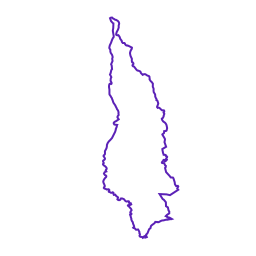 the district of San Jose, San José, Costa Rica, rotated 54°
{"feature_id": "36466004B17043328523941", "entity_name": "San Jose", "entity_type": "district", "adm_level": 2, "iso_a3": "CRI", "parent_name": "Costa Rica", "parent_adm1": "San José", "projection": "albers", "projection_center": [-84.106, 9.936], "detail": "fine", "context": "isolated", "style": "outline", "palette": "violet", "viewbox_px": 256, "rotation_deg": 54, "n_neighbors": 0, "source": "geoboundaries", "source_scale": "gbopen_adm2", "svg_char_len": 5810}
<svg xmlns="http://www.w3.org/2000/svg" viewBox="0 0 256 256"><g transform="rotate(54 128 128)"><path d="M180.9,119.7L180.1,119.9L178.6,119.6L177.7,119.6L177.1,120.1L176.6,120.8L176.3,121.0L176.0,121.0L175.8,120.7L175.4,120.1L175.2,118.6L174.8,118.2L174.7,118.0L174.8,117.7L175.0,117.5L175.9,117.8L176.8,117.7L176.9,116.9L176.6,115.9L176.6,115.3L176.5,115.1L176.4,115.1L176.2,115.2L176.0,115.9L175.7,115.9L175.0,114.9L174.7,113.7L174.4,113.3L173.7,113.3L173.0,113.8L172.7,113.8L172.3,113.4L171.9,113.5L171.5,113.8L170.6,114.9L170.2,114.7L168.7,114.3L167.7,113.8L166.5,113.3L165.2,112.6L165.6,108.2L160.9,106.8L159.1,104.9L158.3,104.5L153.8,104.1L153.5,104.1L153.3,103.8L153.3,102.2L153.2,101.8L151.8,100.6L152.7,99.1L152.7,98.3L151.1,96.4L148.9,95.4L147.8,95.0L146.9,94.9L145.6,94.9L143.3,95.7L141.4,95.6L140.4,95.3L140.3,95.1L140.3,93.7L139.5,92.3L139.2,92.2L138.3,90.9L137.9,90.3L136.5,90.2L136.4,89.8L136.2,89.3L135.9,88.9L135.3,88.6L134.8,88.6L134.4,89.1L134.0,89.9L132.4,90.4L130.9,90.6L130.2,90.8L129.7,91.1L129.3,91.6L129.2,92.1L128.2,92.2L127.8,91.9L126.8,90.2L126.4,89.8L126.2,89.3L126.0,89.1L123.4,88.2L122.3,88.5L122.3,88.4L121.6,88.0L119.8,87.8L118.6,87.5L117.3,86.6L116.6,86.3L114.1,86.1L112.8,85.4L111.7,84.5L111.0,84.1L109.2,83.7L106.7,81.8L104.7,81.8L103.6,82.1L101.6,82.0L101.2,81.9L100.6,81.3L99.7,80.9L99.1,80.5L98.5,80.5L98.2,80.6L97.0,81.5L94.8,82.3L94.6,82.5L93.9,83.3L93.6,84.9L92.4,85.0L91.7,85.2L90.8,85.2L90.2,85.0L90.1,84.9L89.4,84.9L87.7,85.9L87.2,86.5L86.8,86.7L85.8,86.9L82.0,87.0L81.5,87.2L81.1,87.6L80.4,87.7L80.0,87.6L79.9,87.5L79.7,87.2L79.4,86.0L78.8,85.6L77.7,85.6L77.3,86.0L77.1,86.0L75.8,85.4L74.3,84.2L71.3,83.6L70.5,83.3L68.8,82.5L68.3,82.1L67.5,81.1L67.0,80.4L66.1,78.3L65.7,78.2L65.2,77.6L61.5,79.5L61.1,80.0L60.7,80.1L60.4,80.7L59.8,81.0L58.5,81.1L58.0,80.9L57.2,80.9L56.1,82.3L54.6,82.3L53.7,81.8L53.4,81.8L51.6,81.9L49.2,81.2L47.4,81.2L47.1,81.3L46.8,82.1L45.9,82.7L45.5,82.7L44.9,82.2L43.7,80.7L42.5,78.2L41.2,76.4L39.8,75.5L38.8,74.3L38.5,73.9L37.8,73.5L36.7,73.2L35.4,73.3L33.5,74.1L33.0,74.7L31.8,75.1L30.5,75.8L29.4,75.9L28.7,76.9L28.6,78.0L31.7,78.9L34.8,78.5L34.9,78.4L38.6,81.3L40.0,82.8L40.9,83.4L44.6,85.2L45.6,85.8L46.2,86.5L46.3,87.2L47.1,88.7L48.2,90.4L49.0,91.5L50.4,94.1L51.9,95.8L52.6,96.2L54.3,96.3L55.7,97.3L57.0,97.8L59.3,97.9L60.3,98.2L61.6,98.7L62.7,100.1L64.7,101.1L66.5,104.2L67.9,104.5L71.0,106.3L71.0,106.7L71.6,107.8L72.6,108.9L73.4,109.8L73.4,110.0L73.7,110.3L74.2,111.2L75.5,111.3L77.1,111.6L77.5,112.4L77.8,112.9L78.0,113.0L79.3,114.2L79.6,114.4L80.2,114.4L80.6,114.6L81.2,114.6L82.0,114.8L82.5,115.4L82.5,115.8L81.6,116.5L81.5,116.9L81.7,117.4L82.1,117.9L82.9,118.7L83.9,119.4L86.1,120.5L89.1,122.7L90.1,123.3L92.0,123.3L93.2,123.5L94.3,123.5L95.4,123.9L96.1,124.0L98.9,124.9L102.5,125.0L103.4,125.3L104.7,125.4L106.3,125.8L108.0,125.8L108.6,126.0L109.7,126.4L110.8,127.3L111.8,127.8L112.1,128.1L112.3,129.1L112.5,129.6L113.0,130.2L113.4,130.3L115.5,130.4L115.5,133.0L115.4,133.1L115.4,134.0L115.2,134.8L115.2,135.6L115.4,136.4L115.7,136.7L116.0,136.9L117.1,137.0L117.5,136.7L119.1,135.0L119.3,135.4L120.4,136.4L121.1,137.6L121.6,138.2L121.7,138.6L122.2,138.9L123.5,140.6L126.7,146.8L127.3,149.5L127.6,151.5L128.3,153.4L129.3,155.0L130.6,156.0L131.8,157.4L133.2,160.3L135.2,161.7L135.6,162.1L135.8,162.6L135.9,163.8L136.3,164.3L138.2,164.4L139.2,164.6L139.6,165.0L139.8,165.7L139.8,167.2L140.0,167.6L140.6,167.9L142.1,168.2L142.2,168.5L142.4,169.3L142.7,169.6L143.9,169.6L145.1,169.1L146.8,168.8L147.6,168.8L148.3,169.1L148.7,169.6L148.9,170.5L149.2,171.0L150.4,171.1L150.1,172.0L150.1,173.1L150.8,174.3L152.6,174.3L153.4,173.8L153.7,173.8L154.1,173.8L154.4,174.0L154.8,174.5L155.0,176.0L155.5,177.5L156.1,178.7L156.9,179.6L157.9,180.0L159.5,180.3L161.2,180.8L161.6,181.2L161.9,182.4L162.3,182.8L163.1,182.7L164.3,181.8L165.4,181.3L165.9,180.0L166.4,179.6L167.3,179.6L167.5,179.9L167.7,180.4L168.0,180.9L168.2,181.0L168.6,180.9L169.3,180.3L170.5,179.8L170.9,179.0L171.0,178.2L171.6,177.9L172.0,177.9L172.5,178.4L173.8,178.8L173.9,178.7L173.9,178.3L174.4,177.5L176.3,177.5L177.8,176.9L178.3,176.9L178.5,177.0L179.5,178.5L180.6,178.2L181.3,177.4L181.5,177.0L181.4,176.1L180.8,175.4L181.4,174.3L183.0,173.2L183.9,173.1L185.5,173.0L186.2,172.7L186.8,172.2L187.1,171.3L187.7,170.5L188.4,170.5L189.0,171.1L189.4,171.1L189.7,171.1L190.4,170.0L191.7,170.3L191.6,171.2L191.2,172.1L190.8,172.5L190.5,173.4L190.7,173.7L191.4,173.6L192.1,173.3L193.4,173.3L194.6,173.1L195.5,173.1L196.6,173.4L196.7,173.6L197.1,175.0L197.9,176.0L198.9,175.6L199.4,175.6L199.7,175.9L199.8,176.2L199.8,176.6L199.4,177.0L199.4,177.3L201.2,177.8L202.0,178.2L203.2,178.5L204.0,179.1L205.6,179.5L207.0,179.5L208.3,180.1L210.8,180.7L211.7,181.2L211.6,182.0L211.7,182.4L212.1,182.3L213.0,181.6L214.0,181.4L214.8,181.4L215.1,181.2L216.0,179.5L217.2,179.6L218.9,179.9L219.7,180.6L220.3,180.6L221.1,180.9L221.4,181.2L221.8,181.9L222.6,182.2L223.1,182.0L223.6,181.7L223.9,181.2L224.5,180.7L225.6,180.6L225.6,180.3L225.2,179.8L225.1,179.4L225.3,178.0L226.8,178.5L227.3,176.9L225.9,176.6L224.9,176.0L224.8,175.6L224.7,174.4L224.1,173.3L222.4,170.6L222.2,170.0L222.3,168.8L221.0,167.3L220.7,166.7L220.6,165.4L220.6,162.5L220.0,161.1L220.8,160.1L221.1,159.9L221.3,159.8L221.3,159.5L222.2,158.6L222.5,156.1L222.8,154.9L223.7,153.4L224.5,151.2L225.3,150.2L226.5,147.5L227.2,146.6L227.4,146.0L224.9,147.1L224.2,148.0L223.5,148.7L223.0,148.3L221.5,149.2L221.2,147.5L221.3,144.8L219.8,143.7L218.6,143.7L215.7,142.4L213.6,143.2L210.3,141.0L207.0,141.2L205.9,141.7L200.0,141.3L204.3,135.9L207.0,133.5L207.5,123.7L206.6,123.8L205.8,123.7L205.7,123.5L205.5,122.9L204.8,121.7L204.1,121.7L203.3,123.2L201.1,123.1L199.3,122.1L195.4,120.8L194.5,120.8L193.1,122.5L191.3,122.5L186.1,123.1L182.1,121.5L181.7,120.3L181.0,119.9L180.9,119.7Z" fill="none" stroke="#5b21b6" stroke-width="2"/></g></svg>